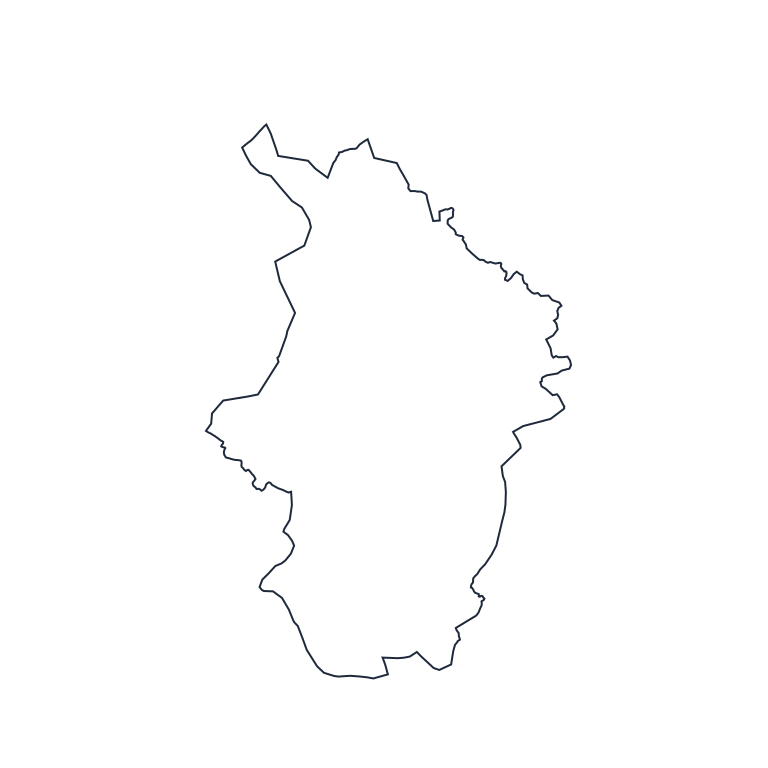 Fakai, Kebbi, Nigeria (Mercator projection), rotated 67°
{"feature_id": "59680162B55504856664882", "entity_name": "Fakai", "entity_type": "district", "adm_level": 2, "iso_a3": "NGA", "parent_name": "Nigeria", "parent_adm1": "Kebbi", "projection": "mercator", "projection_center": [4.84, 11.54], "detail": "fine", "context": "isolated", "style": "outline", "palette": "slate", "viewbox_px": 768, "rotation_deg": 67, "n_neighbors": 0, "source": "geoboundaries", "source_scale": "gbopen_adm2", "svg_char_len": 5011}
<svg xmlns="http://www.w3.org/2000/svg" viewBox="0 0 768 768"><g transform="rotate(67 384 384)"><path d="M99.2,390.9L100.0,393.6L101.7,397.3L102.9,400.0L105.3,405.0L106.9,408.6L108.0,411.5L108.9,415.4L110.9,422.2L119.3,421.8L121.5,421.6L129.6,420.7L141.0,415.9L148.2,406.9L162.2,402.7L179.7,397.1L189.4,390.6L203.6,388.8L211.1,390.0L225.5,403.3L226.1,409.9L228.8,436.3L248.6,439.7L264.3,439.0L281.4,438.2L283.8,438.1L297.8,452.6L298.7,453.1L302.2,455.6L317.5,469.8L318.2,471.9L322.5,472.5L344.4,504.1L342.4,513.8L336.4,538.5L343.9,553.8L353.0,558.6L357.6,566.2L359.7,564.8L362.2,562.6L363.9,561.5L365.8,560.1L369.2,558.0L372.3,556.3L374.4,554.6L375.4,555.1L376.2,555.9L376.8,557.3L377.8,558.2L378.9,557.4L380.2,555.4L381.0,555.1L381.5,555.9L382.6,556.9L384.2,558.1L386.8,558.7L389.9,558.2L392.0,555.4L394.0,553.1L395.7,550.7L396.7,548.7L397.2,547.8L398.6,545.6L399.8,545.5L401.5,546.1L403.0,547.0L404.6,547.4L406.7,546.5L408.3,546.2L409.5,545.5L410.2,545.1L409.7,543.3L409.8,543.0L410.2,542.1L411.7,541.7L413.1,541.2L415.2,540.7L417.6,539.7L419.1,539.6L421.2,539.4L421.8,540.3L422.6,541.7L423.3,543.2L424.2,543.7L424.6,543.9L426.9,543.9L428.6,542.9L430.7,542.3L430.9,542.3L431.3,541.1L431.4,540.5L432.5,539.3L433.9,538.7L434.4,538.4L434.3,537.1L433.8,535.6L433.6,535.1L433.1,534.2L432.1,533.1L430.7,532.1L429.9,530.5L429.5,528.8L429.5,528.5L430.6,527.2L433.1,526.5L438.5,522.3L442.1,518.4L444.9,516.0L446.1,514.8L446.6,514.3L446.7,512.9L446.7,512.7L446.9,511.6L459.5,516.1L472.3,523.9L474.8,527.3L478.4,532.4L480.7,534.3L485.6,531.4L492.3,529.9L497.7,529.9L503.8,536.0L504.4,537.1L507.8,543.6L508.1,544.5L509.1,548.4L509.1,551.0L509.1,555.2L513.2,564.1L516.5,572.4L522.3,577.9L525.8,576.9L527.6,575.5L531.5,567.2L541.0,561.5L554.6,559.7L566.1,559.9L568.6,559.6L573.1,557.9L585.1,558.3L598.5,559.0L617.7,555.9L626.4,552.1L633.2,544.1L635.5,540.3L639.4,529.1L644.1,520.0L647.5,514.0L650.9,508.8L652.8,493.9L643.2,492.6L638.4,492.3L635.3,492.2L641.8,478.4L643.7,472.7L645.0,466.7L643.5,458.5L645.5,457.7L649.6,456.1L658.7,452.0L664.8,449.3L668.8,444.9L668.4,431.8L656.9,424.6L651.8,420.5L650.3,417.5L649.5,416.7L649.3,415.5L649.0,414.0L647.1,413.7L645.3,413.6L643.7,413.0L642.1,412.6L640.4,413.1L638.8,413.4L636.6,413.2L633.2,389.6L631.4,386.4L628.9,383.9L627.9,382.9L626.8,381.7L625.8,380.6L624.3,379.8L623.4,379.5L622.2,379.2L622.0,378.7L622.0,377.3L621.6,376.3L620.8,375.4L619.3,376.1L618.1,376.1L617.1,376.9L616.9,378.9L617.2,379.1L616.9,379.5L616.4,379.7L616.2,379.4L615.5,379.2L614.4,378.9L613.1,380.3L611.9,381.6L610.2,382.2L608.3,382.2L606.1,382.6L605.2,383.5L603.9,382.8L602.4,381.5L601.5,379.7L600.7,379.2L599.4,378.7L597.7,377.7L596.3,375.0L595.5,372.6L592.2,367.8L589.5,361.4L583.2,351.7L576.6,343.7L555.7,328.3L549.3,323.4L542.6,319.4L531.0,314.0L521.5,310.8L515.3,310.6L505.7,308.0L496.2,283.2L493.2,282.3L484.4,283.0L480.8,283.7L478.5,283.9L477.1,272.4L481.2,244.3L477.2,228.4L476.7,227.6L475.6,227.3L475.1,226.8L473.9,227.1L471.9,227.3L470.2,227.4L464.6,227.8L461.1,228.7L460.2,233.1L451.7,237.0L447.7,239.9L443.3,239.4L443.2,237.7L440.9,236.7L439.9,235.5L439.6,230.8L441.1,224.5L442.1,220.1L441.1,215.2L442.1,208.6L442.3,207.3L439.6,204.4L435.0,203.6L430.5,204.4L429.2,208.9L427.4,213.1L425.5,214.7L425.9,217.8L423.1,218.4L416.2,216.7L406.4,217.3L405.4,209.3L401.5,202.8L395.6,201.7L392.1,202.8L391.2,198.8L388.4,196.7L384.5,196.0L382.1,193.5L381.3,190.1L377.5,190.8L372.5,196.3L366.9,198.0L365.1,202.8L364.3,205.1L360.4,206.8L359.5,210.5L357.4,212.3L352.1,214.5L348.4,213.4L345.7,215.4L341.9,215.3L338.2,214.0L336.1,215.9L332.5,217.9L333.5,221.6L336.1,225.7L337.4,229.9L335.3,231.9L333.8,231.1L332.2,229.2L330.9,228.6L330.2,228.0L328.8,227.6L327.7,228.0L327.8,228.5L327.3,229.3L326.5,229.3L325.8,229.7L325.0,230.0L324.3,230.0L323.2,230.6L322.3,230.5L321.0,230.4L320.3,230.0L319.7,229.3L318.8,229.0L317.9,229.6L317.5,230.6L316.7,234.3L313.2,238.6L313.0,241.0L310.9,242.9L309.0,243.7L308.0,245.3L307.1,247.5L306.2,248.0L303.8,249.3L298.7,251.8L291.5,254.9L287.7,254.1L283.2,254.9L281.9,255.3L280.1,253.6L278.4,254.2L277.6,255.5L276.6,257.3L274.2,259.4L272.5,258.8L269.3,259.1L266.0,261.1L261.4,262.8L259.5,262.0L258.2,261.4L257.5,260.0L257.3,259.0L257.4,258.1L257.4,257.4L257.2,256.1L256.8,255.2L256.1,254.8L255.5,254.6L255.1,254.3L254.5,253.9L253.7,253.8L253.0,253.6L252.5,253.2L251.7,252.6L251.2,252.1L250.3,252.0L249.5,252.2L248.8,252.5L248.4,253.0L248.1,253.4L248.1,253.9L248.1,254.4L248.3,255.1L248.2,256.0L248.2,256.4L248.2,257.3L247.8,258.0L247.4,258.7L247.2,259.5L247.1,263.8L246.9,265.6L255.3,268.8L253.2,275.0L231.7,272.1L226.6,271.0L224.7,271.7L221.5,274.6L219.7,278.5L218.5,280.1L216.7,284.3L213.4,285.2L210.1,283.4L199.1,284.6L192.0,285.5L185.6,285.9L172.1,304.7L152.3,303.4L153.1,308.7L154.1,313.0L156.2,317.0L156.3,318.5L155.4,320.8L154.4,323.5L154.3,326.6L153.8,328.9L154.0,332.0L153.3,335.0L155.1,336.1L156.7,338.8L159.0,341.1L160.6,344.2L172.2,355.3L158.9,363.1L148.8,366.7L132.7,392.3L126.6,391.6L109.2,390.4L99.2,390.9Z" fill="none" stroke="#1e293b" stroke-width="2"/></g></svg>